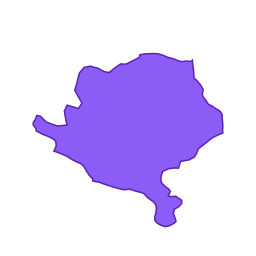 the district of Kurdamir District, Kürdəmir, Azerbaijan, rotated 287°
{"feature_id": "54616110B82810927503709", "entity_name": "Kurdamir District", "entity_type": "district", "adm_level": 2, "iso_a3": "AZE", "parent_name": "Azerbaijan", "parent_adm1": "Kürdəmir", "projection": "mercator", "projection_center": [48.161, 40.284], "detail": "fine", "context": "isolated", "style": "filled", "palette": "violet", "viewbox_px": 256, "rotation_deg": 287, "n_neighbors": 0, "source": "geoboundaries", "source_scale": "gbopen_adm2", "svg_char_len": 1664}
<svg xmlns="http://www.w3.org/2000/svg" viewBox="0 0 256 256"><g transform="rotate(287 128 128)"><path d="M98.3,41.1L97.8,44.3L97.0,48.4L96.8,52.4L96.4,55.8L95.4,60.6L93.6,63.1L89.6,64.6L84.2,63.9L84.1,67.7L83.4,75.4L83.1,78.0L81.6,83.0L80.3,90.2L80.3,93.0L78.5,96.7L75.1,100.5L71.5,104.6L69.3,108.8L67.0,109.9L67.7,116.2L67.3,123.6L67.3,135.5L67.7,142.1L69.9,147.2L69.9,154.8L70.2,161.0L69.6,163.2L67.5,166.4L65.9,170.7L64.7,174.1L63.3,176.4L60.0,178.5L54.8,179.5L50.7,179.6L47.7,180.6L45.7,183.4L44.7,187.1L44.6,189.1L44.4,191.9L46.5,196.1L49.4,199.0L52.2,201.2L53.8,200.7L58.2,197.4L59.7,196.3L63.9,196.1L67.5,199.5L71.7,201.5L74.5,200.5L76.7,193.7L74.8,188.6L75.1,186.3L79.8,187.1L81.5,184.9L83.2,180.0L85.8,175.6L90.7,173.8L96.6,173.8L101.1,179.0L103.2,183.7L104.4,188.0L109.9,188.0L111.4,188.0L115.4,195.8L119.6,199.9L123.9,201.0L128.9,201.5L133.0,204.4L143.2,211.4L147.4,215.9L151.0,220.2L153.4,219.1L157.1,218.3L161.5,216.7L164.7,215.3L168.3,214.1L171.1,211.0L172.1,206.5L173.6,202.1L174.3,197.8L177.4,194.2L179.7,190.8L181.7,189.3L186.4,188.8L190.0,185.3L193.8,179.5L194.8,176.7L202.7,173.7L207.7,171.4L211.6,169.7L210.0,168.8L209.1,164.1L207.2,160.3L207.0,156.6L207.5,150.6L207.2,145.2L207.8,140.1L207.8,135.4L206.7,130.7L203.6,121.9L201.3,117.8L199.0,118.3L194.3,113.5L188.5,107.4L187.1,102.2L181.7,97.9L175.6,93.8L174.9,88.9L176.3,82.3L176.1,73.9L173.1,68.3L166.2,65.4L155.1,66.0L148.6,66.0L143.9,70.8L138.4,76.7L132.1,74.9L132.1,68.1L132.1,63.1L125.6,62.2L117.3,66.3L113.0,69.0L109.4,60.2L109.4,55.2L109.8,47.9L113.7,40.9L113.3,37.1L109.4,37.0L105.9,35.8L103.3,36.4L100.5,40.2L98.3,41.1Z" fill="#8b5cf6" stroke="#5b21b6" stroke-width="1.5"/></g></svg>